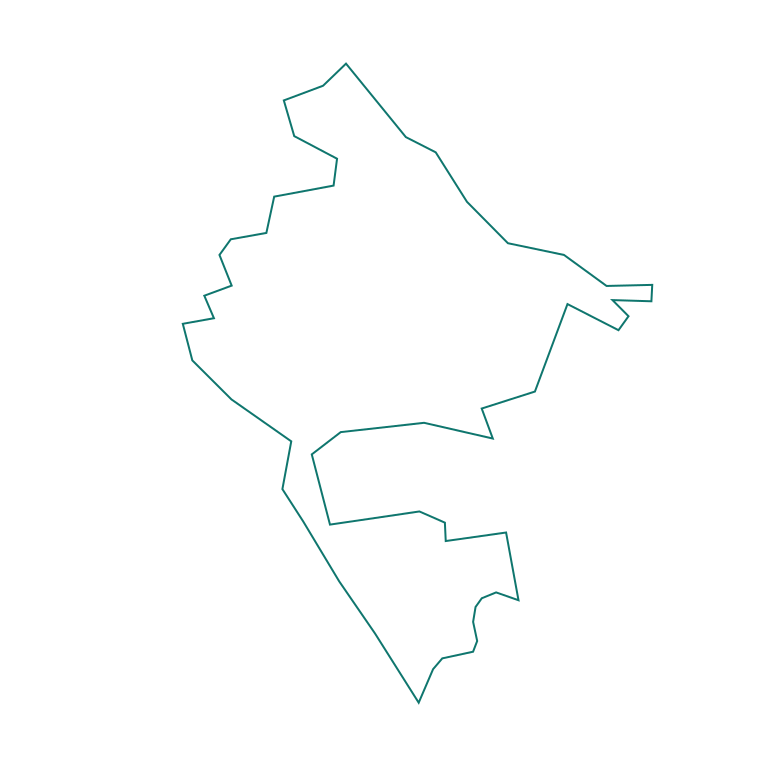 outline of Djalalkuduk, Andijon, Uzbekistan, rotated 27°
{"feature_id": "79887680B24137157284199", "entity_name": "Djalalkuduk", "entity_type": "district", "adm_level": 2, "iso_a3": "UZB", "parent_name": "Uzbekistan", "parent_adm1": "Andijon", "projection": "albers", "projection_center": [72.656, 40.749], "detail": "fine", "context": "isolated", "style": "outline", "palette": "teal", "viewbox_px": 768, "rotation_deg": 27, "n_neighbors": 0, "source": "geoboundaries", "source_scale": "gbopen_adm2", "svg_char_len": 825}
<svg xmlns="http://www.w3.org/2000/svg" viewBox="0 0 768 768"><g transform="rotate(27 384 384)"><path d="M183.8,386.9L202.6,402.6L177.4,421.7L202.5,450.0L255.1,467.0L327.4,477.2L341.2,523.8L374.5,543.2L433.7,580.2L489.3,610.4L559.6,652.2L557.2,615.8L560.5,602.0L584.9,582.1L583.7,570.7L571.4,555.5L566.8,541.1L568.4,530.5L578.5,518.8L602.0,515.6L560.2,460.9L510.3,495.9L501.2,479.9L473.4,481.5L399.7,533.8L351.6,479.5L367.3,446.5L437.3,400.4L505.7,383.2L482.2,361.5L521.9,322.2L511.2,229.5L568.5,229.6L571.1,212.6L549.5,205.5L584.7,188.9L578.0,173.9L537.8,195.6L485.8,187.3L430.5,202.3L375.2,184.0L324.9,154.1L291.4,154.1L204.7,115.8L194.3,145.9L166.0,176.8L191.5,203.9L239.9,204.6L249.0,230.1L201.1,266.9L210.6,302.8L181.8,324.6L178.8,343.7L203.6,365.5L183.8,386.9Z" fill="none" stroke="#0f766e" stroke-width="2"/></g></svg>